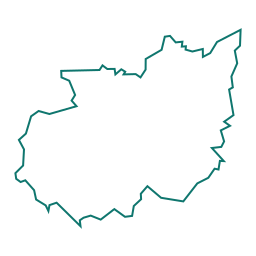 outline of Rosoman, Rosoman, North Macedonia
{"feature_id": "65306769B19811324233496", "entity_name": "Rosoman", "entity_type": "district", "adm_level": 2, "iso_a3": "MKD", "parent_name": "North Macedonia", "parent_adm1": "Rosoman", "projection": "equal_earth", "projection_center": [21.91, 41.5], "detail": "fine", "context": "isolated", "style": "outline", "palette": "teal", "viewbox_px": 256, "rotation_deg": 0, "n_neighbors": 0, "source": "geoboundaries", "source_scale": "gbopen_adm2", "svg_char_len": 1058}
<svg xmlns="http://www.w3.org/2000/svg" viewBox="0 0 256 256"><path d="M18.9,139.9L24.0,149.4L23.1,165.5L15.4,173.2L16.2,178.8L20.6,182.0L25.3,180.3L34.1,190.2L36.1,199.5L45.7,205.4L48.4,211.0L49.5,205.1L56.6,202.7L80.5,226.2L79.8,220.3L83.6,217.7L90.7,215.6L100.7,219.6L114.3,209.1L125.0,216.8L132.1,215.9L133.8,206.0L141.1,199.2L140.8,193.8L147.4,186.2L161.1,197.8L183.3,201.4L197.3,183.4L208.3,177.8L214.6,168.7L218.5,169.5L219.9,160.9L223.8,161.1L211.9,148.0L221.3,146.9L224.1,141.4L220.8,130.4L230.0,125.8L224.2,121.7L233.5,115.1L229.1,89.5L232.8,87.4L231.4,76.5L237.2,63.3L234.8,50.6L240.0,45.7L240.6,29.8L217.0,42.0L210.2,53.1L202.9,56.9L202.8,49.0L192.4,51.5L185.6,49.6L185.9,46.3L181.8,46.6L182.4,41.7L175.7,42.4L170.0,35.9L164.8,36.7L161.6,49.8L145.7,59.0L145.6,69.6L140.5,77.4L135.7,74.1L123.6,74.4L125.2,71.7L121.3,69.3L115.4,74.4L114.6,68.9L107.3,69.0L102.5,65.4L99.5,70.0L61.2,70.9L61.5,77.4L69.2,80.7L75.1,95.0L71.6,100.6L76.5,106.2L49.4,114.0L38.6,111.0L31.1,116.3L25.9,133.6L18.9,139.9Z" fill="none" stroke="#0f766e" stroke-width="2"/></svg>